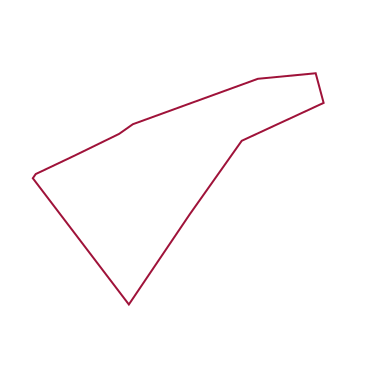 the district of Fond Doux, Soufrière, Saint Lucia, rotated 255°
{"feature_id": "8701671B36300089777335", "entity_name": "Fond Doux", "entity_type": "district", "adm_level": 2, "iso_a3": "LCA", "parent_name": "Saint Lucia", "parent_adm1": "Soufrière", "projection": "mercator", "projection_center": [-61.049, 13.821], "detail": "fine", "context": "isolated", "style": "outline", "palette": "rose", "viewbox_px": 384, "rotation_deg": 255, "n_neighbors": 0, "source": "geoboundaries", "source_scale": "gbopen_adm2", "svg_char_len": 342}
<svg xmlns="http://www.w3.org/2000/svg" viewBox="0 0 384 384"><g transform="rotate(255 192 192)"><path d="M271.9,150.0L267.0,136.6L257.4,87.2L249.8,45.7L246.5,41.8L99.7,101.9L171.1,184.1L228.6,253.3L242.7,334.6L244.0,342.2L274.7,342.2L275.0,340.3L284.3,284.9L272.8,152.5L271.9,150.0Z" fill="none" stroke="#9f1239" stroke-width="2"/></g></svg>